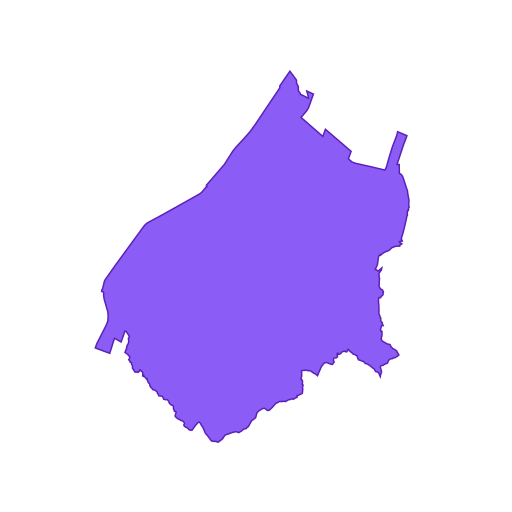 Vernesti, Buzau, Romania, rotated 251°
{"feature_id": "2599482B61232109036765", "entity_name": "Vernesti", "entity_type": "district", "adm_level": 2, "iso_a3": "ROU", "parent_name": "Romania", "parent_adm1": "Buzau", "projection": "robinson", "projection_center": [26.665, 45.216], "detail": "fine", "context": "isolated", "style": "filled", "palette": "violet", "viewbox_px": 512, "rotation_deg": 251, "n_neighbors": 0, "source": "geoboundaries", "source_scale": "gbopen_adm2", "svg_char_len": 6101}
<svg xmlns="http://www.w3.org/2000/svg" viewBox="0 0 512 512"><g transform="rotate(251 256 256)"><path d="M327.4,430.4L324.0,428.2L315.2,420.8L306.8,414.6L297.4,408.1L295.3,405.8L303.7,392.6L311.1,380.5L313.6,377.4L317.8,375.0L324.0,380.0L353.2,362.9L347.3,358.1L372.3,343.7L376.8,351.2L379.1,354.0L390.4,363.0L395.5,357.7L390.9,357.4L389.6,357.3L388.1,356.9L392.9,352.3L394.5,350.6L396.0,350.7L397.4,350.1L398.7,350.0L400.9,350.6L401.9,351.1L403.2,351.1L406.2,350.6L408.6,351.4L409.0,351.5L410.0,351.3L419.7,348.2L409.1,333.9L408.6,333.6L407.6,333.5L407.3,333.3L379.7,296.9L379.0,295.7L375.9,291.5L371.4,283.6L365.7,273.0L363.4,269.3L362.4,267.8L352.9,255.9L341.2,235.8L339.1,232.1L337.7,232.3L337.3,231.6L337.5,231.3L334.2,225.9L333.4,224.1L332.9,222.0L325.6,181.7L322.8,164.7L321.9,161.9L320.8,159.9L318.6,156.7L292.4,119.1L282.4,105.3L281.3,104.3L274.7,100.1L274.8,100.0L274.0,99.1L272.7,98.5L271.7,99.9L270.9,100.0L268.4,99.1L264.6,98.4L251.3,97.7L247.3,96.6L243.5,95.1L242.1,94.2L239.0,91.5L224.9,76.9L221.4,74.1L211.6,86.0L224.3,95.4L218.6,100.5L227.8,107.7L226.9,108.6L225.5,109.1L221.2,110.1L220.8,109.7L220.6,109.7L219.7,108.5L217.2,108.0L215.8,107.4L214.5,106.5L214.3,106.0L212.7,104.5L211.1,103.6L210.6,103.6L209.5,102.3L207.4,100.7L204.8,102.7L203.5,103.0L201.7,103.9L201.1,103.7L199.4,101.9L197.4,102.5L197.2,102.8L196.5,102.5L195.7,103.4L193.9,103.1L193.1,103.4L192.2,103.3L191.5,103.2L190.3,102.7L189.3,102.8L188.5,103.2L187.1,103.4L185.6,103.9L185.4,104.0L185.3,105.5L185.1,105.7L184.6,105.9L184.5,107.3L185.2,108.4L186.0,108.8L186.1,109.2L185.8,109.7L184.4,110.1L183.8,110.7L182.3,110.9L179.7,109.9L179.7,110.8L178.8,110.4L178.6,110.6L178.4,111.2L175.0,112.6L175.2,113.0L173.9,112.8L171.6,112.9L169.4,113.8L167.6,113.4L165.8,113.9L164.7,114.5L163.2,115.0L161.6,117.2L160.4,117.7L159.7,118.2L159.0,118.3L158.2,118.1L157.0,118.5L155.4,118.6L154.0,121.6L152.8,122.0L150.6,122.1L150.4,122.6L149.5,123.7L149.3,124.9L148.8,125.5L147.0,126.2L145.1,126.1L142.8,127.3L142.0,128.4L141.6,128.7L140.5,128.9L139.8,128.7L138.8,128.3L138.2,128.2L137.0,128.5L135.6,128.3L135.5,128.5L135.4,129.1L135.1,129.5L134.3,129.6L134.0,129.5L132.8,128.5L131.6,127.7L130.6,127.4L128.9,128.2L127.4,129.2L126.9,129.6L126.5,130.4L125.1,131.2L124.4,132.3L123.9,132.9L122.2,133.8L121.7,133.9L120.8,133.8L119.7,132.7L118.3,132.9L116.8,134.0L115.8,135.2L114.1,135.9L113.2,136.5L112.8,137.1L112.1,138.7L115.9,144.2L117.0,146.3L117.6,147.8L117.3,148.4L115.6,149.1L113.8,149.2L111.3,150.0L105.2,150.4L103.1,151.1L102.5,151.5L96.0,153.5L95.1,154.3L94.2,156.6L93.6,157.8L92.7,158.9L92.3,160.2L92.6,160.5L93.7,164.2L94.8,166.0L95.1,166.1L95.4,166.5L96.8,168.7L96.8,171.5L96.6,172.1L96.6,172.6L96.9,173.3L96.8,175.4L96.9,176.2L96.7,177.1L96.6,178.7L96.4,179.9L95.6,181.1L94.7,182.0L94.6,182.5L94.9,183.5L95.2,185.2L96.4,188.0L96.0,190.7L96.7,191.4L96.7,191.6L97.0,192.1L97.1,193.1L101.6,198.1L103.2,203.0L107.3,205.7L108.7,208.4L109.6,212.6L109.2,214.5L106.1,216.7L105.9,218.6L107.6,222.2L110.2,226.8L110.4,229.2L110.8,230.6L110.3,232.3L109.9,233.0L109.7,234.8L108.8,236.5L109.5,240.4L109.1,241.7L109.4,243.4L108.5,244.4L108.4,244.8L109.0,247.1L108.9,248.6L109.1,248.9L109.3,249.1L110.7,249.3L110.8,249.5L110.5,250.2L110.8,253.2L110.8,254.1L111.2,255.2L114.9,256.9L116.4,257.1L118.6,258.5L119.0,258.4L119.4,257.9L121.2,258.8L123.5,259.4L123.9,259.0L124.5,258.6L125.5,258.6L125.9,259.1L127.9,260.3L132.5,261.6L132.5,262.9L132.4,264.2L131.9,264.9L131.7,266.4L131.4,266.9L130.6,267.7L130.5,268.5L129.8,270.0L126.3,272.5L125.6,273.2L125.2,273.8L122.8,275.2L126.8,278.7L127.3,279.3L128.9,280.6L130.3,282.1L130.8,282.9L131.7,284.2L132.6,285.9L132.6,286.8L132.4,287.7L131.7,288.9L129.9,290.8L128.8,292.4L128.6,292.9L129.0,293.8L129.6,294.1L129.8,294.6L130.3,295.4L132.6,295.3L133.8,296.2L134.1,296.7L134.0,297.3L133.5,298.7L134.1,300.0L134.2,300.3L136.9,300.6L137.6,301.7L136.4,301.7L136.1,301.9L136.0,302.4L136.0,303.6L136.3,304.4L137.5,306.7L137.4,307.3L137.0,308.3L137.1,308.8L136.8,309.4L135.9,310.0L135.9,310.7L137.7,312.7L136.0,313.4L132.6,315.5L131.8,315.8L130.8,317.1L128.8,319.0L126.4,318.9L124.5,319.1L123.6,320.4L122.5,321.6L121.4,323.1L121.0,323.5L118.8,324.3L118.2,325.4L117.3,326.4L116.2,327.3L114.1,328.8L112.4,329.6L111.6,330.4L110.6,331.0L107.8,331.5L107.6,332.0L106.1,333.7L103.8,334.2L103.0,334.0L101.5,334.2L102.9,335.0L105.4,336.9L105.9,337.1L110.0,337.3L110.8,337.6L111.4,338.3L111.5,339.1L111.3,341.0L111.4,341.4L111.9,342.3L111.9,343.3L111.7,343.6L111.9,345.1L112.0,345.5L112.7,346.2L114.1,347.2L115.0,349.7L114.5,351.2L114.9,353.1L114.6,354.1L115.1,356.7L115.8,358.8L116.3,358.9L117.2,358.7L119.4,358.0L120.1,358.3L122.4,356.8L123.9,355.2L126.8,354.0L128.2,354.0L128.6,353.8L129.3,353.0L130.0,351.6L130.3,351.3L131.3,350.5L134.3,347.8L136.0,347.4L137.1,347.4L139.4,349.0L141.9,350.0L143.0,350.3L143.7,350.6L144.0,350.4L144.2,349.9L144.5,349.5L146.1,349.9L148.8,351.8L149.4,352.4L148.8,353.5L150.5,353.4L151.8,353.7L153.3,353.0L154.9,353.0L155.6,353.4L156.8,353.8L158.0,353.4L159.1,353.6L161.4,353.4L163.5,354.2L168.4,355.8L174.1,357.3L176.6,358.5L176.0,360.2L176.5,360.6L177.3,361.9L177.9,363.4L179.0,364.0L179.7,364.0L180.4,364.7L180.8,364.9L183.2,364.3L183.8,363.3L186.9,362.4L192.2,364.4L194.8,365.6L195.3,365.4L196.1,365.5L197.3,366.1L199.0,366.2L200.3,367.7L201.9,369.9L202.9,370.6L203.8,371.1L201.9,366.5L203.4,365.6L204.7,364.4L205.7,365.6L208.4,368.1L215.0,371.4L216.2,372.4L216.9,373.6L216.1,374.0L216.8,375.5L217.5,377.8L217.9,380.0L217.9,382.6L218.0,383.6L218.8,385.6L219.4,386.6L219.6,387.4L219.7,391.1L219.0,393.8L218.5,395.1L219.8,395.8L219.7,397.2L219.8,397.5L220.1,397.9L222.4,396.1L222.9,396.2L223.0,396.9L222.5,399.2L223.4,399.2L224.5,398.8L226.3,399.8L228.5,401.5L233.3,404.7L240.6,409.3L245.4,412.2L245.3,412.4L245.5,412.6L246.6,412.7L249.5,414.0L249.3,414.7L250.4,415.4L251.4,415.6L251.6,415.7L252.0,416.5L252.3,416.7L254.7,417.0L255.8,417.6L259.4,418.9L265.5,419.8L268.6,420.5L269.7,420.4L282.2,420.6L283.6,420.5L284.9,420.2L285.9,419.8L287.5,418.5L295.9,421.2L296.7,419.2L313.4,431.9L317.6,435.5L320.6,437.9L327.4,430.4Z" fill="#8b5cf6" stroke="#5b21b6" stroke-width="1.5"/></g></svg>